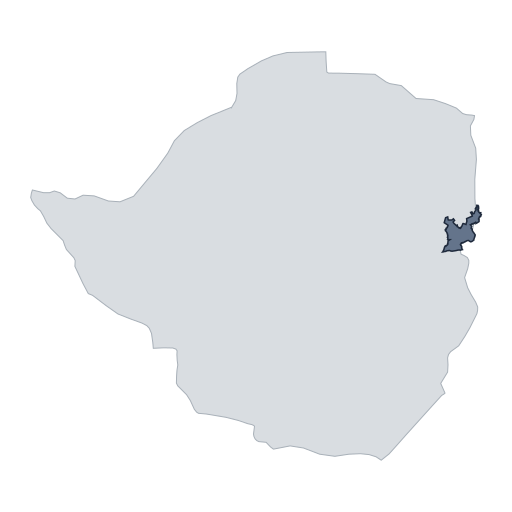 Mutasa, Manicaland, Zimbabwe (highlighted)
{"feature_id": "62879985B28116741742257", "entity_name": "Mutasa", "entity_type": "district", "adm_level": 2, "iso_a3": "ZWE", "parent_name": "Zimbabwe", "parent_adm1": "Manicaland", "projection": "orthographic", "projection_center": [32.773, -18.58], "detail": "fine", "context": "in_parent", "style": "filled", "palette": "slate", "viewbox_px": 512, "rotation_deg": 0, "n_neighbors": 0, "source": "geoboundaries", "source_scale": "gbopen_adm2", "svg_char_len": 6888}
<svg xmlns="http://www.w3.org/2000/svg" viewBox="0 0 512 512"><path d="M381.2,460.2L376.1,456.8L369.2,454.6L360.4,453.7L348.9,454.2L334.9,456.3L319.7,454.2L303.5,448.0L290.1,445.9L274.1,449.0L273.4,449.1L270.6,447.0L266.1,442.3L258.8,441.6L256.8,440.6L255.1,438.9L254.0,436.6L253.5,434.1L254.5,426.3L253.8,425.5L251.9,424.6L247.8,423.7L238.1,420.4L225.9,417.3L206.2,414.0L198.5,413.3L196.7,412.2L194.4,409.4L190.3,400.5L186.6,394.7L177.8,385.9L176.4,383.1L176.6,375.8L177.0,370.0L177.8,365.0L177.2,360.4L176.9,354.6L177.1,350.8L175.9,349.1L172.8,348.0L163.9,347.8L153.3,348.3L152.8,342.5L151.5,333.4L149.3,328.3L146.8,325.6L141.8,323.0L131.7,319.4L118.0,314.0L106.2,305.7L92.5,295.3L88.3,293.6L83.0,283.6L74.9,266.4L75.2,260.6L73.9,257.8L66.4,249.5L64.6,245.1L63.1,240.6L51.1,228.6L46.9,223.2L43.6,216.3L40.4,210.8L37.8,208.7L34.4,205.0L31.9,200.7L30.7,197.5L31.4,193.1L32.4,190.0L43.6,192.7L49.6,192.7L54.3,191.0L60.2,192.8L67.3,198.2L75.0,199.0L83.1,195.2L94.2,195.9L108.4,201.0L120.0,201.8L133.6,196.3L145.5,182.0L156.8,168.5L167.8,153.1L174.4,140.7L184.3,130.5L197.5,122.5L211.0,115.6L231.7,107.2L231.7,107.3L235.7,100.6L237.0,93.5L236.8,83.5L237.8,77.1L239.9,74.1L243.3,71.8L247.8,68.7L261.4,60.9L273.0,55.9L287.0,52.5L302.5,52.2L317.4,51.9L325.8,51.8L326.1,61.3L326.8,72.0L328.5,73.1L339.7,73.2L357.6,73.7L375.0,74.3L386.1,82.0L389.8,83.6L401.3,85.6L416.0,98.5L433.6,99.7L445.7,103.7L456.4,108.1L462.6,113.5L466.5,114.7L471.9,115.1L474.5,115.6L473.9,119.4L470.4,125.9L470.8,135.3L475.7,148.2L476.4,159.5L474.8,179.3L474.9,198.5L475.4,205.4L476.2,209.9L477.2,212.4L477.0,215.3L474.1,223.3L471.8,231.8L471.7,235.2L470.8,237.6L469.0,239.7L461.4,243.7L460.1,246.1L460.2,250.5L461.1,254.2L464.0,255.5L467.4,257.6L468.8,260.4L468.8,263.3L467.7,268.7L464.6,277.6L467.7,287.8L471.1,294.5L475.7,302.2L477.7,307.0L477.6,310.4L476.9,313.7L469.9,327.7L464.8,336.5L458.7,345.8L450.6,351.7L448.5,354.5L447.6,357.8L448.0,364.8L447.6,372.1L440.7,383.4L445.0,393.1L444.0,394.0L441.7,395.4L431.8,406.3L421.8,417.4L414.5,425.5L406.2,434.7L397.0,445.1L389.1,453.9L381.2,460.2Z" fill="#d9dde1" stroke="#a8b0b8" stroke-width="1"/><path d="M448.0,239.7L448.5,239.7L449.9,239.7L449.5,240.0L448.0,240.9L448.0,241.6L448.0,241.9L447.9,242.1L447.9,242.4L447.9,242.5L447.9,242.9L447.6,243.5L447.9,243.8L447.8,244.0L447.8,244.3L447.7,244.4L447.6,244.6L447.5,244.8L447.4,245.0L447.0,245.0L446.8,245.2L446.5,245.4L446.4,245.5L446.2,245.8L446.1,245.6L445.9,245.6L445.4,245.9L445.0,246.2L445.0,246.6L444.9,246.7L444.6,247.0L444.5,247.3L444.5,247.6L444.4,247.8L444.2,248.1L444.2,248.8L444.0,249.0L443.8,249.8L443.5,250.3L443.5,250.7L443.3,250.9L443.3,251.0L443.2,251.0L443.1,251.5L442.8,251.8L442.6,252.0L442.8,252.0L444.1,251.6L445.8,251.4L446.8,250.8L448.8,250.6L449.0,250.5L449.9,250.6L450.6,251.0L452.1,251.2L456.0,250.6L458.0,250.1L459.7,250.0L460.3,250.2L460.5,250.2L460.9,250.0L461.0,250.0L461.2,249.9L461.7,249.8L461.9,249.7L462.5,249.6L462.4,249.3L462.2,249.2L461.7,248.3L461.7,248.1L461.6,247.6L461.6,247.3L461.8,247.1L461.6,246.7L461.7,246.4L461.5,246.1L461.4,246.0L461.3,245.9L461.1,245.7L461.1,245.4L460.9,245.2L460.7,245.2L460.7,244.9L460.4,244.5L460.4,244.4L460.5,244.3L460.7,243.9L460.9,243.7L461.1,243.6L461.4,243.3L461.6,243.2L461.8,243.3L462.2,243.0L462.3,242.9L462.2,242.8L462.4,242.8L462.5,242.6L462.8,242.5L463.0,242.5L463.3,242.7L463.5,242.7L464.1,242.2L464.7,241.7L464.8,241.7L465.0,241.8L465.2,241.7L465.5,241.6L465.8,241.3L466.1,241.2L466.6,240.8L466.8,240.7L467.6,240.6L468.1,240.5L468.5,240.5L470.5,241.8L471.4,241.7L472.0,241.4L472.4,241.1L472.8,240.9L473.3,240.3L473.5,240.0L473.8,240.0L473.8,239.5L473.9,239.3L474.0,239.0L474.0,238.9L474.3,238.0L474.3,237.9L474.6,237.4L474.7,236.3L474.8,236.3L475.0,236.2L475.2,234.9L473.6,232.5L473.3,232.2L472.7,231.3L472.5,230.8L472.3,230.5L472.1,229.9L472.2,229.7L472.3,229.3L472.3,229.1L472.2,229.0L471.5,228.7L471.4,228.5L471.2,228.4L471.1,228.2L471.7,226.4L470.3,224.8L470.7,224.6L471.0,224.5L471.2,224.4L471.3,224.4L471.3,224.5L471.5,224.4L471.6,224.0L471.9,223.9L472.1,223.7L472.3,223.6L472.5,223.8L472.6,224.0L472.8,223.9L473.0,224.0L473.2,223.9L473.3,223.8L473.3,223.7L473.5,223.6L473.7,223.3L473.8,223.3L473.9,223.5L474.2,223.3L474.5,223.3L474.6,223.2L474.6,222.9L475.0,222.8L475.1,222.6L475.5,222.4L475.8,222.1L476.1,222.2L476.3,222.1L476.2,222.2L476.1,222.4L476.1,222.5L476.4,223.0L476.3,223.3L476.5,223.2L477.4,222.7L477.6,222.5L478.8,221.8L479.0,221.6L479.1,221.3L479.0,220.8L479.1,220.4L479.0,219.8L479.1,219.7L479.0,219.4L478.7,219.4L478.5,219.2L478.5,218.9L478.8,218.4L479.2,218.0L479.2,217.9L479.1,217.7L479.2,217.2L479.3,217.0L479.5,216.9L479.6,216.7L480.0,216.3L480.1,216.2L480.2,216.3L480.3,216.6L480.5,216.7L480.7,216.4L480.6,216.2L480.8,215.9L480.8,215.6L481.1,215.2L481.1,214.9L481.1,214.6L481.3,214.5L481.2,214.3L481.0,214.2L480.9,214.0L480.7,214.0L480.4,213.6L480.4,213.3L480.5,213.2L480.5,212.9L480.6,212.7L480.4,212.7L480.1,212.7L480.0,212.9L479.9,212.7L479.7,212.7L479.5,212.8L479.4,212.6L479.1,212.2L478.9,212.2L478.8,211.9L478.7,211.6L478.3,211.4L478.4,211.0L478.5,210.9L478.3,210.7L478.2,210.6L478.1,210.4L478.5,210.3L478.5,210.2L478.2,209.8L478.3,209.8L478.4,209.7L478.4,209.4L478.3,209.2L478.5,209.0L478.5,208.9L478.7,208.6L478.6,208.4L478.4,208.4L478.4,208.2L478.5,207.9L478.6,207.5L478.7,207.2L478.4,206.9L478.4,206.5L478.4,206.4L478.5,206.3L478.5,206.1L478.3,205.9L478.1,205.7L478.0,205.4L476.8,205.3L476.8,207.7L476.1,207.5L475.4,208.6L475.3,208.8L475.9,209.0L476.0,209.5L475.8,210.3L474.8,211.5L474.5,212.0L474.1,213.5L473.1,213.8L471.9,211.9L470.6,212.4L471.2,213.6L471.5,214.0L471.8,214.7L472.1,215.3L472.1,215.5L472.3,216.1L466.6,218.6L466.9,221.2L466.2,223.4L466.2,223.6L466.0,224.5L464.0,223.7L463.9,223.7L463.1,223.5L462.8,223.8L461.9,226.1L460.5,228.4L460.0,228.3L460.0,227.6L459.0,228.0L457.8,226.7L457.4,226.7L457.3,225.1L457.2,225.0L456.9,225.3L457.0,225.5L456.9,225.5L456.7,225.4L456.6,225.5L456.4,225.7L455.1,224.4L454.2,223.6L453.9,223.4L453.1,222.0L454.6,220.4L453.4,218.8L451.9,220.0L448.7,220.0L448.2,219.9L447.7,216.9L445.6,217.7L444.2,222.7L445.9,223.8L448.0,225.2L447.8,225.6L447.8,225.9L447.9,226.0L447.7,226.2L447.6,226.3L447.4,226.9L447.2,227.1L447.3,227.5L447.1,227.6L447.0,227.8L446.7,227.9L446.6,228.1L446.4,228.3L446.3,228.5L446.2,228.5L446.3,228.7L446.3,228.8L446.3,229.0L446.2,229.1L446.1,229.3L445.8,229.3L445.7,229.5L445.3,229.8L445.2,229.9L445.4,230.1L445.6,230.4L445.7,230.6L445.8,230.8L445.7,230.9L446.0,231.1L446.0,231.3L446.3,231.6L446.4,231.8L446.7,232.2L446.8,232.4L446.9,232.5L447.0,232.7L446.9,232.8L447.0,233.1L447.2,233.5L447.5,233.9L447.6,234.1L447.4,234.3L447.4,234.5L447.5,234.8L447.5,235.0L447.7,235.3L447.7,235.5L447.8,235.5L447.9,235.8L447.8,236.0L447.8,236.3L447.6,236.4L447.6,236.5L447.7,237.2L447.8,237.5L447.6,237.6L447.9,237.9L447.9,238.1L447.9,238.3L447.8,238.6L447.8,239.1L447.6,239.3L448.0,239.7Z" fill="#64748b" stroke="#1e293b" stroke-width="1.5"/></svg>